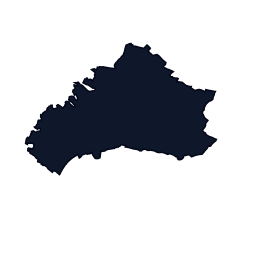 outline of Sutesti, Vâlcea, Romania, rotated 224°
{"feature_id": "2599482B44989926814330", "entity_name": "Sutesti", "entity_type": "district", "adm_level": 2, "iso_a3": "ROU", "parent_name": "Romania", "parent_adm1": "Vâlcea", "projection": "mercator", "projection_center": [24.211, 44.673], "detail": "fine", "context": "isolated", "style": "filled", "palette": "ink", "viewbox_px": 256, "rotation_deg": 224, "n_neighbors": 0, "source": "geoboundaries", "source_scale": "gbopen_adm2", "svg_char_len": 5879}
<svg xmlns="http://www.w3.org/2000/svg" viewBox="0 0 256 256"><g transform="rotate(224 128 128)"><path d="M134.5,200.0L136.6,199.5L136.7,199.2L139.2,198.5L139.2,198.1L144.9,196.4L145.5,197.3L145.5,197.8L145.2,198.6L145.3,199.9L146.2,201.4L150.5,201.0L155.5,201.4L158.2,201.0L160.6,197.3L163.5,197.4L164.6,197.1L166.8,197.5L167.7,198.0L167.9,198.2L168.1,198.5L167.1,198.8L167.1,200.1L167.4,200.9L170.6,201.0L172.0,200.9L172.0,196.3L173.5,195.3L174.5,194.9L174.6,194.5L176.5,193.6L179.7,191.8L179.6,191.5L181.9,190.2L182.4,191.0L183.7,189.9L184.4,190.9L184.8,190.6L185.6,189.3L186.2,187.8L186.9,186.3L185.3,183.1L183.9,181.0L182.9,178.9L182.8,178.3L182.3,177.9L182.1,175.9L182.4,175.1L182.0,173.9L181.9,172.7L182.3,171.0L182.1,169.0L181.9,168.1L182.1,166.8L181.7,164.5L181.3,163.7L180.9,163.3L179.1,162.3L178.9,162.1L178.8,161.8L178.9,161.5L182.7,158.5L188.7,154.5L188.8,154.3L188.8,154.0L191.2,152.2L190.9,151.2L191.0,151.1L192.2,150.6L192.3,150.4L192.0,150.3L191.7,149.9L191.5,148.7L191.3,148.4L191.0,148.4L191.2,147.9L193.1,147.3L194.1,146.2L194.8,144.6L191.3,145.0L190.2,145.0L190.0,144.8L189.4,144.0L188.9,142.8L187.5,142.2L186.9,139.4L186.2,137.3L187.2,137.0L187.5,137.4L188.7,137.1L189.2,136.7L189.9,135.1L190.1,135.0L190.9,135.1L191.5,135.5L192.3,135.5L192.5,134.9L192.4,133.5L193.1,133.2L191.8,129.3L188.0,130.4L186.6,131.3L181.8,132.1L181.4,132.0L180.3,132.8L180.2,133.2L178.5,133.7L178.1,131.5L179.1,130.4L180.6,128.0L181.3,127.5L182.9,126.8L190.0,126.9L191.2,126.7L192.1,126.0L195.0,126.4L195.7,126.3L195.9,126.2L196.0,125.8L196.2,125.3L197.7,123.6L194.7,124.2L194.0,123.1L194.5,122.6L196.7,121.7L196.8,121.4L196.3,121.1L195.7,120.5L194.7,120.5L194.1,120.3L193.7,119.9L193.6,119.4L193.3,118.8L193.9,117.3L193.1,115.8L189.3,114.5L188.8,116.1L185.2,114.6L184.9,114.2L184.7,114.2L183.9,112.6L184.5,112.3L185.2,111.6L188.1,112.8L189.1,112.7L190.5,111.9L191.9,109.8L191.7,109.2L191.1,109.0L190.9,108.5L190.5,107.3L189.7,106.9L188.4,107.2L187.4,107.2L186.0,107.6L185.2,107.6L184.1,107.2L183.3,107.4L182.1,107.3L181.9,107.2L181.8,106.4L181.4,105.2L187.4,105.0L188.2,105.6L188.6,105.6L190.1,104.7L190.3,104.8L191.0,104.0L191.1,103.6L190.7,102.6L189.5,102.2L189.4,100.9L189.0,100.2L188.5,100.2L188.5,99.7L188.9,98.7L188.6,97.1L192.1,96.7L194.5,96.2L194.9,94.6L193.6,94.1L193.1,93.6L193.2,93.2L193.2,92.5L194.6,90.4L194.7,89.9L196.9,90.2L198.3,91.7L199.2,90.8L198.8,90.5L199.8,88.8L199.3,88.6L199.9,86.7L199.6,86.5L199.5,85.3L198.9,85.3L199.0,84.8L198.7,84.3L198.6,83.0L198.8,82.6L199.2,82.3L199.4,80.0L199.6,79.3L198.9,77.5L200.0,77.0L199.7,76.5L199.0,76.1L198.8,75.6L198.2,75.2L197.9,75.6L197.3,75.3L196.2,73.6L196.3,73.1L196.6,72.4L197.8,71.5L197.8,71.1L197.5,70.3L195.9,68.2L196.0,67.1L195.8,66.4L195.3,64.9L196.1,63.7L195.7,63.5L195.2,63.5L192.2,64.2L192.0,65.3L191.7,66.1L190.9,66.7L190.5,66.6L189.1,64.9L190.8,62.5L191.1,62.3L190.7,61.1L192.6,60.4L193.2,60.4L194.2,60.1L194.1,59.6L194.5,59.4L195.0,58.6L195.0,58.4L194.8,58.3L194.6,57.9L193.9,57.7L193.8,56.1L193.1,56.2L192.6,52.1L193.1,51.7L193.8,51.4L193.4,49.3L190.9,45.7L189.1,46.3L189.6,46.7L189.6,47.1L186.9,50.0L186.6,50.2L186.5,50.6L184.9,50.9L184.4,50.5L183.7,50.5L181.9,47.1L182.5,46.5L182.8,46.5L183.1,45.9L184.1,45.5L185.7,44.5L185.7,43.6L184.3,42.0L183.8,42.1L183.7,42.6L183.3,42.8L183.1,43.2L182.8,42.4L181.8,42.4L181.0,42.1L180.7,41.8L179.2,42.3L178.2,42.9L177.5,42.5L177.1,42.5L176.8,42.8L176.3,43.0L173.6,42.9L173.6,42.6L172.4,42.7L172.5,43.0L171.4,43.2L170.5,43.2L170.5,42.6L170.2,42.2L170.2,41.7L169.7,41.4L169.5,41.0L165.5,42.8L165.4,42.0L165.1,41.6L164.2,42.2L163.1,42.0L162.3,43.1L159.8,43.6L159.1,43.6L156.9,43.1L151.6,43.6L151.9,44.7L152.3,45.3L149.9,46.6L144.9,46.8L145.0,47.8L145.6,49.2L146.0,50.9L146.5,52.5L147.2,56.4L147.6,57.9L147.4,59.2L147.8,60.9L147.5,65.4L147.2,68.0L146.4,71.0L145.8,74.0L142.2,72.6L141.8,74.0L142.3,74.3L141.9,75.4L142.0,76.1L142.3,76.4L142.3,76.9L141.1,78.9L140.6,80.4L140.2,81.0L139.2,80.7L138.2,82.3L137.6,82.9L137.2,83.8L137.9,84.7L136.8,85.1L134.2,84.0L131.2,83.4L130.3,83.4L128.9,84.6L128.3,85.2L127.5,87.2L130.8,91.6L131.4,91.9L129.0,95.0L128.5,95.9L128.4,97.1L127.5,98.8L124.9,102.2L124.0,103.6L123.6,103.8L123.4,105.7L123.3,105.9L122.7,106.1L122.8,106.7L121.6,107.6L121.8,108.0L121.7,108.6L121.2,109.6L121.2,111.3L117.0,114.0L116.8,112.5L113.8,114.5L112.2,115.3L110.3,116.7L110.1,116.4L106.1,119.2L103.8,119.7L102.5,120.8L102.4,121.0L102.5,122.2L102.2,122.9L101.4,124.1L100.3,125.1L98.7,125.3L97.3,126.5L96.4,127.7L93.9,129.4L92.5,130.1L90.9,130.5L88.9,131.6L86.5,134.2L83.6,135.7L81.4,136.4L81.0,136.8L80.5,137.9L79.7,138.8L78.4,139.4L77.4,139.7L76.3,140.3L73.9,140.5L72.8,141.3L72.1,141.1L71.0,140.3L69.4,140.4L68.2,141.8L67.7,142.7L67.6,143.3L67.6,145.1L67.8,145.5L68.5,146.3L68.6,146.7L68.5,147.1L67.6,148.0L66.9,149.4L65.6,151.0L64.8,151.4L62.3,151.4L60.5,155.2L58.4,158.4L56.7,160.4L56.4,161.0L56.6,161.4L56.6,163.5L56.9,164.3L56.8,165.2L57.0,168.8L57.5,169.7L57.5,170.3L57.5,170.5L56.1,172.3L56.0,173.0L56.5,173.9L56.3,175.8L56.5,176.4L56.3,177.0L56.0,180.0L56.3,180.3L56.5,181.2L59.0,180.2L60.6,179.8L63.7,178.3L67.1,177.5L67.5,177.4L68.2,178.0L68.8,178.2L70.0,177.8L71.4,177.7L72.1,177.8L72.6,178.1L73.0,178.9L73.2,181.1L73.5,182.6L73.9,183.6L75.4,185.3L75.8,189.0L79.0,188.6L80.7,188.8L82.5,189.6L84.5,190.2L85.8,191.6L85.9,192.4L85.8,193.8L87.3,195.7L88.2,198.5L88.4,199.8L88.3,203.4L87.4,205.1L86.9,207.3L87.4,208.3L88.2,209.3L89.0,211.6L89.9,213.0L90.5,215.0L91.2,214.4L93.3,213.1L96.1,211.2L98.7,209.7L98.0,208.5L97.5,207.8L101.6,206.3L103.5,205.2L104.7,203.7L105.3,202.4L106.2,201.5L107.1,201.2L110.8,200.6L111.3,201.8L111.9,201.2L113.4,200.1L115.9,198.9L117.3,198.7L118.9,198.7L120.6,198.5L121.7,197.8L124.0,196.1L125.0,194.9L125.2,195.0L125.2,195.6L126.2,198.4L127.2,198.1L128.8,196.6L130.9,195.5L131.8,195.7L132.5,194.8L132.7,194.2L133.7,194.8L134.8,194.9L134.9,197.9L134.5,200.0Z" fill="#0f172a" stroke="#020617" stroke-width="1.5"/></g></svg>